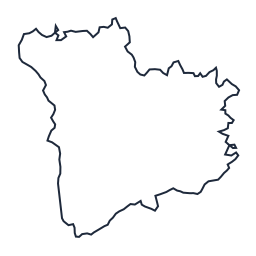 outline of Boituva, São Paulo, Brazil, rotated 181°
{"feature_id": "56859067B19813676831421", "entity_name": "Boituva", "entity_type": "district", "adm_level": 2, "iso_a3": "BRA", "parent_name": "Brazil", "parent_adm1": "São Paulo", "projection": "orthographic", "projection_center": [-47.684, -23.285], "detail": "fine", "context": "isolated", "style": "outline", "palette": "slate", "viewbox_px": 256, "rotation_deg": 181, "n_neighbors": 0, "source": "geoboundaries", "source_scale": "gbopen_adm2", "svg_char_len": 2434}
<svg xmlns="http://www.w3.org/2000/svg" viewBox="0 0 256 256"><g transform="rotate(181 128 128)"><path d="M202.7,222.0L206.1,218.9L211.0,217.5L215.6,219.5L219.1,222.4L221.7,225.6L224.9,222.9L228.4,221.0L233.7,220.1L235.7,214.3L238.7,208.8L238.2,201.7L237.6,196.1L234.7,192.2L229.4,189.3L225.8,187.3L221.3,183.4L218.4,180.1L216.4,177.0L212.4,173.5L210.8,169.5L213.6,164.0L211.8,160.1L209.5,157.2L208.0,154.0L201.9,149.2L201.2,144.9L202.9,140.5L205.1,137.0L202.9,133.3L200.9,130.4L201.4,126.9L204.6,124.1L207.0,118.3L208.3,114.0L203.7,112.4L199.9,109.8L196.7,107.6L195.4,101.2L196.1,95.3L194.9,88.0L194.9,81.2L196.7,76.8L197.0,71.3L192.4,36.6L190.7,33.6L185.8,29.8L181.2,30.9L179.7,27.4L179.4,22.1L178.2,18.5L175.0,18.3L172.0,21.1L167.0,21.9L163.0,20.8L160.3,23.0L155.4,26.0L149.8,29.5L146.6,30.9L144.6,35.1L141.5,38.1L138.7,42.1L135.3,44.5L130.8,46.7L127.3,49.6L124.2,52.0L119.8,51.6L114.1,55.3L112.9,51.6L109.7,49.8L103.3,47.6L99.6,45.8L96.6,50.3L97.7,54.5L99.4,60.7L94.7,62.3L88.5,64.7L85.2,66.7L81.7,68.5L77.8,66.3L74.5,65.6L71.6,64.3L65.3,63.9L61.3,64.0L57.4,63.2L54.2,65.4L52.7,68.2L50.4,72.9L46.6,76.1L41.8,77.0L37.0,77.9L34.3,80.8L31.2,84.7L28.4,87.2L26.2,89.8L27.7,93.3L23.6,95.9L20.1,98.7L17.3,102.5L19.5,105.4L24.2,102.3L30.4,103.2L26.3,112.6L30.1,115.8L27.5,121.9L33.3,123.8L37.0,126.0L32.1,127.5L28.2,129.5L27.7,134.8L24.2,134.8L22.5,137.7L25.6,139.9L27.9,142.3L30.9,144.1L31.0,147.5L35.0,148.0L31.2,151.9L31.8,156.6L28.1,160.3L23.9,162.7L19.5,163.1L17.6,167.7L21.0,171.5L24.9,173.7L30.0,178.3L32.9,176.1L34.3,172.8L37.7,170.8L40.6,174.4L40.8,178.1L40.1,181.8L40.2,186.6L41.1,189.8L43.6,187.3L47.5,185.3L50.9,181.5L54.3,180.5L56.8,184.0L58.8,181.2L62.0,181.0L63.5,184.0L68.4,184.2L73.0,184.0L74.5,187.5L77.0,191.9L78.9,195.9L83.6,194.4L85.6,190.5L88.3,188.4L89.9,181.5L93.8,183.6L96.9,186.8L102.1,187.3L107.5,186.9L110.2,183.5L112.6,180.8L116.6,181.7L119.6,184.3L122.2,189.3L121.9,194.0L123.7,198.6L125.5,201.4L129.7,204.5L132.4,209.3L127.7,213.7L128.2,219.7L129.5,224.9L132.6,228.4L137.5,227.7L139.2,231.2L140.9,234.6L142.2,237.7L145.6,236.2L145.9,231.3L150.0,227.9L154.0,228.7L158.1,228.2L159.2,223.1L164.5,218.2L167.3,221.4L170.8,224.5L175.0,224.2L182.0,223.2L186.7,224.3L190.1,223.2L193.6,222.7L191.4,218.5L196.5,214.7L201.0,214.6L199.2,219.4L202.7,222.0ZM26.3,112.6L22.7,109.8L19.6,110.0L21.3,113.2L26.3,112.6ZM202.7,222.0L199.5,224.7L202.0,228.8L202.7,222.0Z" fill="none" stroke="#1e293b" stroke-width="2"/></g></svg>